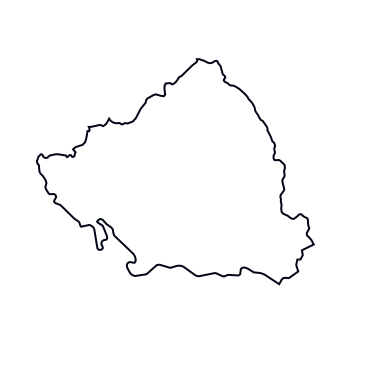 an SVG outline of Huesca, rotated 317°
{"feature_id": "ESP-5825", "entity_name": "Huesca", "entity_type": "Autonomous Community", "adm_level": 1, "iso_a3": "ESP", "parent_name": "Spain", "parent_adm1": "", "projection": "equal_earth", "projection_center": [-0.025, 42.135], "detail": "fine", "context": "isolated", "style": "outline", "palette": "ink", "viewbox_px": 384, "rotation_deg": 317, "n_neighbors": 0, "source": "natural_earth", "source_scale": "10m", "svg_char_len": 4303}
<svg xmlns="http://www.w3.org/2000/svg" viewBox="0 0 384 384"><g transform="rotate(317 192 192)"><path d="M107.4,61.4L107.9,62.7L107.8,63.8L107.4,64.6L107.3,65.5L108.0,67.0L109.3,68.2L110.5,68.3L111.7,68.2L113.0,68.4L117.4,71.0L119.6,72.8L124.5,79.1L124.7,79.8L124.5,80.6L124.4,81.2L125.3,81.5L127.3,81.5L127.9,81.7L128.6,82.7L128.4,83.8L128.4,84.8L129.6,85.6L130.6,85.4L132.8,84.0L133.9,83.6L134.1,79.7L137.4,79.8L144.2,82.9L148.1,82.6L151.1,80.8L157.2,76.2L158.3,77.3L159.3,76.9L160.2,75.6L160.9,74.0L162.9,75.8L163.2,75.9L170.5,80.2L172.0,83.3L175.4,83.7L179.1,82.7L181.4,81.8L181.1,84.7L181.8,87.5L183.4,90.0L185.5,91.6L186.2,92.6L186.4,93.7L186.8,94.8L188.1,95.4L189.7,95.8L190.6,96.6L191.2,97.4L191.9,98.1L196.9,100.1L201.3,99.7L211.1,96.2L218.9,95.1L221.3,93.5L223.3,93.2L230.1,94.9L232.1,95.9L234.9,100.5L236.8,102.8L238.7,102.5L242.3,97.7L244.5,95.5L246.8,94.7L250.4,97.6L250.6,98.1L250.6,98.8L250.7,99.5L251.3,100.1L253.8,100.5L256.3,100.4L261.2,99.2L263.3,100.0L279.1,99.6L283.6,100.2L285.3,99.6L286.1,98.2L287.7,99.5L290.1,103.8L291.9,108.5L292.9,109.9L294.0,110.8L295.1,111.3L297.8,111.8L299.1,112.5L299.6,113.3L299.7,114.0L299.2,115.0L299.0,115.9L298.8,118.3L298.7,119.3L298.4,120.0L298.1,120.7L297.5,121.7L296.8,123.0L296.2,124.5L295.6,125.1L295.2,126.1L294.8,127.5L295.1,129.3L294.8,130.3L294.7,130.7L294.2,131.0L293.7,131.2L293.2,131.3L292.3,131.4L291.4,132.0L291.1,133.4L291.4,134.6L292.0,135.9L292.3,137.2L292.4,139.0L292.8,140.2L293.3,140.9L293.8,141.3L294.3,141.9L295.1,142.9L295.8,145.0L296.9,149.0L297.5,156.0L297.5,159.3L297.3,160.8L296.7,163.0L296.8,163.7L296.8,165.9L296.6,168.9L296.3,170.0L295.3,173.1L294.3,174.8L293.8,175.4L293.5,176.2L292.6,181.4L292.1,182.7L291.8,184.3L291.5,186.0L291.8,187.0L292.2,188.7L291.9,190.4L291.5,193.9L291.0,195.8L290.4,197.3L289.2,198.2L289.1,199.0L287.1,205.8L285.4,209.5L285.4,210.6L285.6,211.9L285.0,213.7L284.4,214.6L283.9,215.3L282.4,215.8L281.6,216.6L280.9,217.4L280.0,219.2L279.4,219.9L278.6,220.3L277.5,220.6L276.4,221.2L275.4,222.1L274.6,223.2L274.1,224.2L274.3,225.2L276.0,226.8L277.1,227.6L277.6,228.4L277.9,229.5L278.2,235.0L277.7,236.1L276.9,237.1L276.0,238.1L275.0,238.6L273.2,239.9L272.1,241.7L271.1,242.9L270.0,243.8L267.6,244.4L266.6,244.7L265.9,245.3L265.3,245.9L263.6,248.8L262.3,251.4L261.3,252.9L259.9,253.7L255.6,254.5L254.6,254.8L253.8,255.3L253.3,255.9L252.5,257.1L252.2,258.0L251.3,258.7L250.4,259.7L248.7,262.5L245.7,265.2L243.9,267.9L243.9,269.2L244.0,270.5L245.8,274.6L246.4,278.3L246.9,279.7L247.5,280.6L248.6,281.2L252.5,281.6L253.8,281.5L255.1,281.6L256.1,282.1L256.9,283.4L256.8,284.7L257.0,286.0L257.3,287.3L257.9,288.4L258.4,289.9L258.0,291.0L257.3,292.0L254.8,294.9L254.2,295.9L253.7,296.9L253.4,297.6L253.4,297.8L253.1,298.2L252.8,298.6L251.9,299.0L248.1,300.2L246.9,301.4L246.5,302.3L246.7,305.6L246.5,308.8L245.2,313.4L232.7,309.6L229.9,313.8L225.3,315.3L222.9,313.3L218.4,316.5L215.5,322.6L204.3,321.1L203.5,320.5L201.9,318.5L200.0,317.2L197.7,317.3L192.9,318.9L188.7,301.7L186.9,298.1L182.4,292.9L180.5,286.1L179.5,283.9L178.2,282.4L176.6,281.6L175.1,281.8L171.3,284.8L170.4,285.0L168.8,284.5L161.8,277.1L157.9,275.7L157.0,274.6L154.2,267.8L153.2,266.7L139.4,258.2L138.3,256.7L137.6,255.0L134.8,240.8L133.3,238.1L131.2,236.1L124.4,232.7L118.7,223.1L116.6,221.5L102.6,221.1L93.0,214.6L91.7,212.1L91.4,209.5L92.7,204.1L93.7,201.9L94.5,201.1L95.4,200.5L96.4,200.2L97.4,200.3L98.4,200.7L99.3,201.4L101.2,204.2L102.2,204.6L104.0,203.8L105.5,202.0L106.5,199.6L106.9,197.2L105.4,170.9L106.4,168.5L108.4,165.6L108.7,164.4L108.7,162.6L107.6,157.2L107.7,151.5L107.0,149.8L106.4,149.1L105.8,148.8L102.6,148.8L102.3,149.2L102.3,150.3L103.5,155.0L103.5,156.5L99.5,166.7L98.9,167.5L98.2,168.1L97.1,168.4L96.3,168.1L94.6,167.0L93.4,166.8L92.2,166.9L91.0,167.5L90.1,168.4L89.2,171.4L88.1,172.4L86.6,172.4L85.2,171.7L84.3,170.3L84.4,168.7L95.1,152.6L95.7,150.6L95.6,149.4L94.7,146.2L87.6,142.0L87.2,141.4L87.3,140.7L88.7,137.7L88.9,136.6L88.8,135.5L87.8,131.7L86.9,112.0L84.4,106.5L84.4,105.6L84.7,104.9L85.4,104.3L88.2,103.5L89.5,102.7L90.1,101.1L89.7,99.4L86.4,96.5L86.2,95.1L87.1,90.5L88.1,88.5L88.9,87.8L90.5,87.0L91.8,86.0L93.1,83.2L93.9,78.3L93.7,75.7L94.0,74.3L94.5,72.8L98.0,68.4L98.4,67.4L98.3,66.3L98.7,65.1L99.6,63.7L104.0,61.4L107.4,61.4L107.4,61.4Z" fill="none" stroke="#020617" stroke-width="2"/></g></svg>